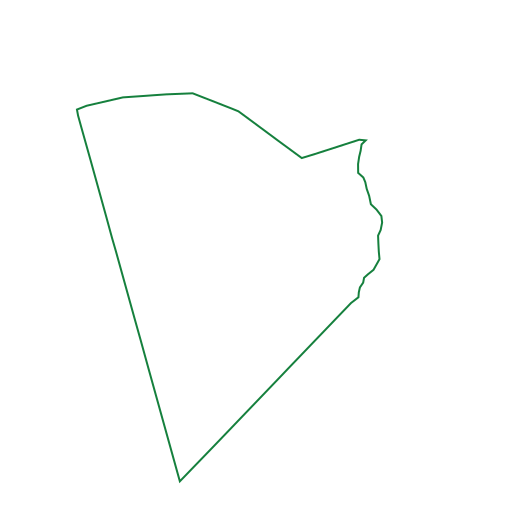 outline of Heliópolis, Bahia, Brazil, rotated 343°
{"feature_id": "56859067B32891421034435", "entity_name": "Heliópolis", "entity_type": "district", "adm_level": 2, "iso_a3": "BRA", "parent_name": "Brazil", "parent_adm1": "Bahia", "projection": "albers", "projection_center": [-38.271, -10.758], "detail": "fine", "context": "isolated", "style": "outline", "palette": "green", "viewbox_px": 512, "rotation_deg": 343, "n_neighbors": 0, "source": "geoboundaries", "source_scale": "gbopen_adm2", "svg_char_len": 853}
<svg xmlns="http://www.w3.org/2000/svg" viewBox="0 0 512 512"><g transform="rotate(343 256 256)"><path d="M394.7,177.5L388.7,175.0L342.4,175.7L328.4,175.7L310.8,152.1L289.3,123.0L281.5,112.5L276.1,108.1L243.0,81.9L217.5,75.2L205.4,72.4L195.3,70.1L175.1,65.4L138.0,62.8L127.6,63.6L126.9,69.6L126.6,80.9L125.8,116.3L124.3,173.7L123.6,196.9L123.4,210.7L121.6,280.6L121.1,302.6L120.3,331.3L117.3,449.2L162.6,424.1L235.2,383.5L243.6,378.8L253.9,373.0L259.8,369.7L333.2,328.7L341.9,325.4L343.7,320.8L346.2,316.4L350.7,312.8L353.0,308.4L358.0,306.1L364.3,303.6L368.4,299.7L373.2,295.1L374.7,287.8L376.7,279.8L378.7,272.2L382.8,267.6L386.4,260.9L387.6,254.4L384.8,246.8L381.0,240.1L381.8,231.5L381.5,224.1L382.1,217.4L381.6,212.3L378.0,206.4L380.5,197.9L383.7,191.2L386.8,186.0L389.6,180.1L394.7,177.5Z" fill="none" stroke="#15803d" stroke-width="2"/></g></svg>